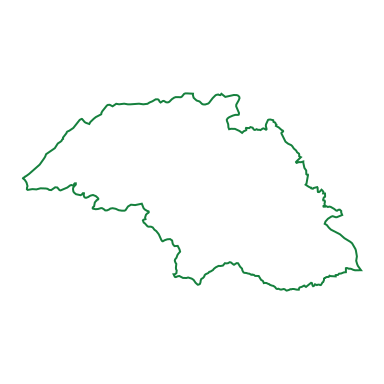 outline of Thanh Chuong, Nghệ An, Vietnam
{"feature_id": "81297802B92574261409002", "entity_name": "Thanh Chuong", "entity_type": "district", "adm_level": 2, "iso_a3": "VNM", "parent_name": "Vietnam", "parent_adm1": "Nghệ An", "projection": "orthographic", "projection_center": [105.28, 18.735], "detail": "fine", "context": "isolated", "style": "outline", "palette": "green", "viewbox_px": 384, "rotation_deg": 0, "n_neighbors": 0, "source": "geoboundaries", "source_scale": "gbopen_adm2", "svg_char_len": 6004}
<svg xmlns="http://www.w3.org/2000/svg" viewBox="0 0 384 384"><path d="M25.2,176.5L24.6,177.2L23.3,177.8L23.0,178.4L24.8,179.9L26.5,182.5L27.5,186.1L27.0,187.7L26.9,189.3L27.7,189.9L32.4,189.1L36.4,189.4L40.5,188.3L45.7,188.5L47.5,188.8L49.2,189.9L51.2,190.1L55.2,187.3L57.3,187.5L59.5,190.1L60.6,190.4L67.4,187.5L70.0,185.5L71.3,185.0L72.7,185.5L73.2,185.3L73.9,184.7L74.2,183.9L74.8,183.3L75.8,183.3L75.8,184.6L73.8,186.8L73.2,187.8L73.0,189.1L73.4,191.6L74.2,192.7L76.0,194.2L80.6,195.2L81.8,194.5L82.9,193.2L83.9,193.2L84.0,193.8L83.6,194.8L84.0,196.2L84.4,197.1L85.2,197.7L86.1,197.8L88.5,196.9L89.5,196.1L90.9,195.5L93.0,195.0L95.8,196.1L97.6,197.7L98.3,198.6L98.2,199.4L96.6,200.2L96.4,200.8L95.8,201.2L94.8,202.5L94.1,206.3L92.8,207.4L92.7,208.4L93.0,208.7L95.7,209.2L98.0,209.0L101.1,208.1L102.1,208.2L103.7,209.1L105.2,210.4L106.1,210.4L107.0,210.4L109.1,209.5L110.3,208.6L112.6,208.2L115.7,208.8L118.7,210.2L122.0,210.7L124.4,210.7L125.5,210.2L128.0,206.5L131.0,204.7L135.1,205.1L141.8,203.7L143.6,208.2L144.8,209.5L147.3,211.0L148.5,211.3L148.8,212.1L148.4,212.8L147.3,213.4L146.0,214.7L145.1,217.5L145.5,219.2L143.5,219.7L142.9,220.4L143.7,222.6L144.8,223.3L147.5,226.3L148.5,226.7L151.0,226.7L152.7,227.4L154.4,229.7L156.3,231.1L158.8,234.3L161.3,239.9L162.2,241.1L162.8,241.3L164.7,240.2L167.3,239.3L170.1,239.1L172.1,240.5L172.7,243.7L173.4,244.9L174.5,246.1L177.7,245.9L179.5,249.4L180.1,251.7L178.4,253.6L177.4,255.1L176.5,257.7L175.1,259.4L174.8,260.8L175.5,262.7L176.3,263.9L175.9,267.9L176.1,269.3L176.7,270.4L176.4,273.1L175.0,274.2L173.6,274.3L174.8,276.8L175.8,277.1L177.7,276.3L179.3,276.0L182.9,277.9L186.4,278.0L188.1,277.5L191.7,278.6L193.6,279.9L195.6,282.8L197.7,284.7L198.7,284.6L200.0,283.8L200.6,281.8L200.6,280.9L201.3,279.0L203.1,277.9L204.2,276.6L204.6,275.3L205.5,274.3L208.3,273.0L209.3,271.8L210.4,271.6L213.0,270.0L213.9,268.8L215.8,267.3L218.6,265.9L220.4,266.0L222.9,265.6L224.9,263.2L226.4,263.4L228.0,263.2L229.7,262.2L230.8,262.4L233.7,264.7L234.3,264.7L235.4,263.8L236.8,263.1L238.1,263.3L240.1,266.7L242.0,268.6L242.4,270.5L243.5,272.4L244.3,272.8L246.3,273.0L248.3,273.6L249.4,273.7L251.1,274.7L251.7,274.8L252.1,274.5L252.9,274.9L253.7,274.8L255.1,275.9L258.7,276.0L261.1,279.9L262.7,280.8L263.1,281.4L263.8,283.1L264.7,282.9L266.4,283.0L268.7,284.1L269.3,284.2L270.0,284.9L272.3,285.7L273.4,285.9L275.2,287.2L276.0,288.4L276.8,288.9L277.4,289.0L278.3,288.7L280.2,289.5L281.2,289.6L283.8,289.0L284.9,289.4L286.0,290.3L286.7,290.6L289.1,289.9L290.3,289.2L291.1,289.4L292.1,289.0L293.9,289.0L296.5,289.6L298.8,289.7L299.1,288.3L299.6,287.5L301.9,286.8L304.1,285.6L304.5,285.6L305.0,286.3L306.0,286.9L311.1,282.8L311.9,283.1L312.6,285.6L313.1,286.2L314.3,285.6L315.0,284.3L316.9,285.1L317.8,284.7L319.0,284.6L320.2,285.1L321.0,284.9L322.5,282.4L323.2,282.0L324.0,279.9L324.0,278.6L324.6,278.0L325.2,278.0L325.8,277.4L326.8,277.0L328.7,276.9L329.5,275.7L330.6,276.1L335.7,276.4L335.7,275.1L338.0,274.9L339.0,273.7L341.1,273.5L343.8,272.4L345.9,272.2L345.9,268.2L346.9,268.0L349.1,268.8L349.9,268.6L351.5,269.0L353.2,269.8L355.1,270.3L361.0,270.2L357.9,265.9L357.1,264.0L356.2,260.8L356.9,256.4L355.9,250.5L355.4,249.0L352.1,243.3L350.3,241.8L344.4,238.2L340.0,234.3L330.9,229.6L328.8,227.6L326.8,225.0L324.7,223.8L325.5,221.5L327.9,218.8L331.3,216.6L332.7,216.2L335.7,217.2L336.8,217.2L342.2,215.0L341.2,212.5L341.2,211.0L339.8,209.7L339.3,209.7L338.4,209.8L337.1,210.7L336.3,210.6L334.0,208.8L330.7,206.9L329.3,206.6L327.9,207.0L326.2,206.2L325.2,206.7L323.6,206.7L323.4,206.1L323.5,205.9L324.5,205.7L324.8,205.1L324.5,203.5L324.9,202.2L324.9,201.2L324.5,200.5L323.3,200.4L323.1,199.7L323.8,197.5L324.9,196.9L325.1,196.3L325.0,193.5L323.1,193.4L323.4,191.9L322.5,190.6L321.5,189.7L320.1,191.3L319.0,192.1L318.0,192.0L317.8,191.5L317.6,187.8L317.2,187.1L313.7,188.0L313.2,188.6L312.4,188.7L311.2,188.3L311.2,187.7L310.2,187.5L308.6,186.7L305.6,184.7L306.5,183.5L308.0,175.0L307.9,174.7L306.9,174.7L306.3,174.2L306.2,170.5L304.4,167.9L303.3,162.8L303.3,161.5L301.0,162.2L298.7,162.1L296.7,162.9L296.1,162.4L296.0,162.0L296.8,161.1L300.9,157.2L299.2,156.3L299.2,154.4L299.0,153.7L297.1,152.3L296.1,150.5L293.8,148.5L292.3,146.2L291.3,145.2L288.1,143.7L285.5,141.7L281.4,133.4L281.5,132.7L283.1,131.5L283.1,131.0L282.8,130.6L281.6,130.0L278.7,127.4L275.9,125.9L276.4,124.6L275.8,124.1L275.3,122.8L274.9,122.4L273.5,121.9L273.2,120.2L270.2,119.5L268.5,119.7L268.0,120.0L266.0,124.4L265.8,125.9L266.6,129.1L266.3,129.6L266.0,129.7L263.7,128.4L262.6,128.6L260.5,130.1L259.5,129.8L257.7,129.8L256.7,129.2L255.1,129.9L254.4,129.9L253.6,129.3L252.6,127.7L250.4,127.1L249.2,128.1L246.1,127.9L245.9,128.4L246.3,129.0L246.4,129.8L246.1,130.2L243.7,131.3L242.1,132.9L239.5,131.0L235.0,128.9L231.1,128.8L229.1,129.2L228.4,127.3L228.2,124.3L226.9,120.8L226.8,119.7L227.6,118.4L229.2,117.2L232.8,115.6L235.2,114.9L237.9,114.9L238.7,114.7L238.9,114.1L239.0,113.0L236.2,106.4L236.2,105.6L236.3,104.6L238.7,100.3L239.5,98.2L239.3,97.0L238.6,96.1L237.7,95.4L236.6,95.1L233.8,95.0L225.3,96.9L221.4,93.8L220.4,95.1L219.2,95.0L218.2,94.5L216.3,94.9L215.5,95.3L212.7,98.1L209.1,102.8L208.1,103.6L205.1,104.5L203.1,104.4L202.0,103.9L199.6,101.5L196.6,100.5L194.8,98.9L193.6,97.7L192.9,95.0L193.0,93.7L187.0,93.4L185.3,93.4L184.1,93.9L181.9,96.6L180.8,97.2L175.7,97.1L174.1,97.7L171.9,99.2L169.3,101.8L167.9,102.4L166.2,102.3L163.8,100.9L162.9,101.0L160.6,102.5L159.7,101.7L158.7,99.9L157.8,99.3L156.7,99.3L155.7,99.3L152.4,101.3L149.5,102.5L147.5,103.8L143.3,104.3L139.0,103.7L130.7,104.3L127.7,104.3L124.2,103.7L119.1,104.3L116.2,103.8L112.6,106.3L109.7,104.8L107.9,104.9L106.8,105.6L102.4,111.1L101.5,112.7L101.2,114.3L95.8,117.1L93.7,118.8L90.3,122.1L89.3,124.0L86.1,122.9L84.7,122.1L82.1,119.0L81.6,118.9L79.7,119.9L73.3,128.0L69.3,130.7L67.3,131.6L66.7,132.3L66.5,133.1L63.0,137.6L63.1,138.9L62.2,139.5L61.5,140.9L60.4,141.8L57.8,143.5L54.8,148.2L46.1,154.2L45.2,156.6L44.1,158.4L39.7,164.6L29.0,174.0L26.1,176.1L25.2,176.5Z" fill="none" stroke="#15803d" stroke-width="2"/></svg>